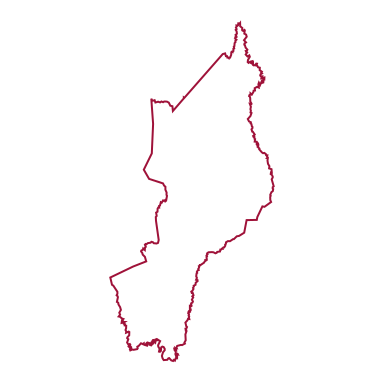 outline of Penonomé, Coclé, Panama
{"feature_id": "35544464B54827397349612", "entity_name": "Penonomé", "entity_type": "district", "adm_level": 2, "iso_a3": "PAN", "parent_name": "Panama", "parent_adm1": "Coclé", "projection": "robinson", "projection_center": [-80.285, 8.68], "detail": "fine", "context": "isolated", "style": "outline", "palette": "rose", "viewbox_px": 384, "rotation_deg": 0, "n_neighbors": 0, "source": "geoboundaries", "source_scale": "gbopen_adm2", "svg_char_len": 6006}
<svg xmlns="http://www.w3.org/2000/svg" viewBox="0 0 384 384"><path d="M164.7,350.2L163.0,352.3L161.9,355.9L162.6,358.4L163.7,360.1L167.3,359.8L168.4,358.3L169.2,358.1L171.3,360.4L173.1,361.0L173.9,359.9L174.9,360.6L175.7,358.3L176.8,358.3L175.5,354.4L176.3,354.4L177.1,355.5L177.1,354.7L178.0,354.7L177.6,354.1L178.0,353.2L177.2,354.0L176.0,353.7L175.5,351.1L174.7,350.4L174.4,349.1L175.6,349.7L175.4,348.6L176.0,349.2L175.9,348.4L176.8,348.4L176.4,347.6L177.2,345.9L181.0,344.9L182.0,345.1L184.9,343.6L184.4,342.6L185.7,340.3L185.4,334.4L186.5,331.1L186.4,330.6L185.8,330.6L185.5,328.7L186.3,328.6L187.0,327.0L186.3,326.3L185.4,322.6L187.5,320.2L188.0,318.8L189.3,319.0L188.9,317.3L189.2,316.3L188.6,315.7L189.0,314.5L188.3,313.4L189.5,312.3L188.5,311.9L188.9,311.1L190.2,310.9L190.7,310.2L190.7,309.6L189.9,309.8L189.9,306.0L190.9,306.4L191.5,305.9L190.7,305.1L191.3,304.3L191.1,303.4L192.5,302.5L192.9,301.4L191.9,299.7L193.2,297.3L192.3,296.3L193.5,295.2L192.7,292.9L191.8,293.0L191.3,291.6L192.4,290.8L193.5,288.9L193.0,287.9L193.9,286.5L193.7,285.7L195.5,284.8L195.7,282.7L197.6,281.1L197.5,280.1L196.1,279.8L196.9,277.9L196.2,276.3L196.6,273.3L197.2,272.9L196.9,271.7L197.9,270.2L198.7,270.0L198.3,268.8L199.1,267.6L198.9,266.2L199.5,266.1L199.8,265.0L200.6,265.0L204.1,262.6L204.6,261.5L205.7,260.7L205.4,260.1L206.8,259.8L206.5,256.9L207.0,256.4L206.5,255.6L207.5,254.3L207.0,253.8L207.3,253.1L208.5,252.3L211.9,252.1L213.5,252.3L215.4,253.3L216.7,252.8L217.2,251.9L220.0,251.5L220.3,249.6L221.1,249.6L221.8,248.7L222.7,248.8L222.6,248.2L223.4,247.4L224.2,247.4L225.3,245.7L225.1,244.7L225.9,243.8L226.0,242.3L228.0,241.1L230.0,241.2L233.1,239.1L233.9,239.1L236.8,236.3L239.1,235.9L244.2,232.7L246.6,220.1L256.8,219.9L257.3,217.1L262.4,206.4L264.5,206.8L271.1,202.0L270.3,200.1L270.2,196.9L270.7,195.8L270.2,195.0L271.4,192.2L272.8,191.1L273.2,189.1L272.7,188.6L272.7,187.2L273.7,186.3L271.7,179.3L272.7,177.5L272.7,176.5L271.8,174.8L270.7,174.1L271.0,172.4L271.8,172.6L271.5,169.2L269.1,168.4L269.4,166.2L268.0,163.8L267.5,160.6L267.8,158.3L267.0,158.1L267.7,157.4L266.9,156.2L267.3,155.3L266.1,155.1L265.9,154.1L264.3,152.9L263.1,153.2L261.9,152.4L259.2,149.3L259.4,148.5L258.2,147.4L258.2,146.3L257.6,146.5L257.5,145.2L256.7,144.5L256.7,143.9L258.2,144.1L258.0,143.3L257.2,143.1L256.8,141.8L254.7,141.6L255.1,139.1L254.5,138.8L254.4,137.2L253.5,136.9L253.2,136.1L254.2,135.9L254.0,135.2L254.7,134.5L252.8,131.7L252.2,131.6L251.5,129.3L252.4,128.2L252.5,127.0L251.9,126.4L251.4,124.0L250.6,123.4L250.9,122.3L249.0,121.4L247.8,119.0L250.4,116.1L251.5,113.0L250.5,112.5L250.9,110.8L250.4,109.1L250.9,106.8L249.8,103.7L251.4,104.0L251.5,103.6L250.3,101.5L250.2,98.0L249.8,96.6L249.1,96.1L249.5,95.0L250.5,94.7L250.5,93.4L251.8,94.6L253.4,92.0L253.6,90.7L255.0,90.5L254.7,88.2L257.0,86.9L258.8,87.6L258.4,84.2L258.9,82.7L260.1,85.0L261.7,81.3L262.2,82.1L261.7,83.0L263.3,82.5L263.4,81.5L262.5,80.6L263.2,79.7L264.3,79.7L264.4,77.5L261.5,78.2L262.3,76.3L260.7,76.3L260.2,75.3L260.5,74.4L262.0,73.4L261.2,72.7L261.9,71.7L259.7,70.2L259.8,67.7L258.1,67.3L257.3,65.8L256.4,65.6L257.0,63.7L256.3,63.6L255.1,65.1L253.8,65.4L253.1,65.0L253.0,62.5L252.0,63.6L251.1,63.1L251.7,61.3L250.2,61.7L248.6,62.9L247.7,62.1L248.0,59.9L249.8,56.8L249.3,55.4L247.5,56.5L245.7,54.5L247.1,52.5L246.2,52.0L245.8,51.0L246.8,50.8L247.4,49.7L245.6,47.6L244.9,45.1L244.3,44.7L244.5,43.5L246.0,42.4L244.0,40.2L246.7,36.7L246.1,34.6L244.3,33.6L244.8,30.3L244.4,29.9L243.2,30.9L242.5,30.6L242.1,30.0L242.3,28.0L240.2,26.3L240.1,23.0L239.7,23.5L238.3,23.3L238.0,25.3L236.5,25.4L236.9,26.3L235.9,27.4L236.6,29.1L235.7,29.9L236.6,31.3L236.9,33.7L235.6,34.9L236.0,35.4L235.7,36.3L236.2,35.9L236.6,36.9L235.4,37.8L235.6,39.3L236.4,39.8L235.3,40.9L235.5,42.1L234.6,43.1L234.4,46.1L233.8,46.6L234.2,48.4L233.4,48.7L233.4,51.0L232.6,51.4L232.6,52.1L231.6,51.8L231.3,52.3L231.2,54.8L230.1,57.6L229.1,57.6L228.9,58.2L228.2,57.5L227.4,57.6L227.0,56.1L225.9,56.1L225.1,53.4L222.7,54.1L184.3,97.9L183.8,97.5L183.8,98.4L172.9,111.0L172.4,106.2L170.3,105.7L168.8,102.6L166.9,101.6L164.2,101.5L163.1,102.2L161.4,101.5L160.1,102.4L158.1,101.7L155.4,102.5L154.6,100.2L153.0,100.7L152.0,100.1L151.3,98.7L153.1,123.9L151.8,153.4L143.8,169.7L149.1,178.9L163.0,183.4L164.1,185.6L165.4,186.7L165.4,189.7L166.6,192.5L166.5,194.9L167.0,195.8L166.1,200.7L165.6,201.1L165.5,199.8L164.0,200.9L163.1,200.4L161.7,202.7L160.8,202.2L160.0,205.5L159.1,205.9L159.2,207.6L158.3,207.5L157.6,208.7L157.5,211.7L156.1,212.6L156.7,215.9L155.8,217.0L156.0,220.8L158.7,240.0L158.0,242.9L156.6,243.5L153.7,243.2L152.9,242.2L151.4,241.8L150.6,242.7L147.9,243.1L146.3,244.3L145.6,244.0L144.9,244.7L145.8,246.8L145.0,247.6L144.8,250.0L143.2,248.5L142.9,249.7L141.3,250.6L141.1,251.5L142.3,253.0L142.7,254.6L144.9,256.8L146.2,261.4L133.2,266.5L110.3,277.5L112.0,284.8L113.3,285.6L117.4,291.8L117.4,293.8L116.6,295.3L117.7,296.3L117.9,297.3L116.9,301.9L118.2,302.7L118.5,304.5L120.1,307.1L120.9,309.9L119.3,312.7L120.1,314.7L118.7,316.5L120.0,316.8L121.8,318.4L123.3,319.0L122.0,320.2L121.6,322.9L122.3,322.7L123.0,321.0L123.8,322.0L124.7,322.0L123.3,323.0L123.7,323.8L125.0,324.2L124.7,325.4L126.2,325.7L126.1,328.3L125.5,330.0L126.3,331.6L126.1,332.7L128.7,331.6L129.3,332.0L129.2,335.3L127.3,337.4L127.2,338.3L128.3,339.2L127.1,342.5L128.4,344.6L129.8,344.0L130.2,344.6L128.6,346.5L129.4,347.2L130.6,346.5L131.2,347.2L131.2,348.3L129.9,349.3L130.3,350.4L132.4,349.5L133.6,349.8L137.2,349.1L137.7,348.3L137.3,346.7L138.8,345.8L141.0,343.3L142.7,344.1L143.8,343.3L143.9,344.6L145.1,345.1L146.0,343.9L146.6,345.5L147.2,345.7L147.7,344.8L147.0,343.0L147.4,342.5L149.4,343.1L149.9,344.9L151.2,345.4L151.7,344.8L151.1,343.0L151.5,342.3L152.1,342.3L152.8,343.8L153.4,343.4L153.5,342.3L152.4,341.0L152.9,340.1L153.4,340.0L155.3,342.4L155.7,340.5L156.9,340.3L155.8,339.4L156.8,339.0L160.1,341.1L158.1,345.2L158.3,346.7L159.6,348.8L159.0,351.6L159.9,351.8L160.9,350.9L161.2,347.4L162.3,346.6L163.6,347.0L164.7,348.8L164.7,350.2Z" fill="none" stroke="#9f1239" stroke-width="2"/></svg>